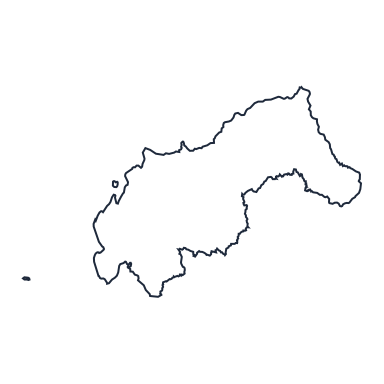 Thung Wa, Satun, Thailand (Robinson projection)
{"feature_id": "78962969B89746829348507", "entity_name": "Thung Wa", "entity_type": "district", "adm_level": 2, "iso_a3": "THA", "parent_name": "Thailand", "parent_adm1": "Satun", "projection": "robinson", "projection_center": [99.848, 7.08], "detail": "fine", "context": "isolated", "style": "outline", "palette": "slate", "viewbox_px": 384, "rotation_deg": 0, "n_neighbors": 0, "source": "geoboundaries", "source_scale": "gbopen_adm2", "svg_char_len": 6066}
<svg xmlns="http://www.w3.org/2000/svg" viewBox="0 0 384 384"><path d="M361.0,183.3L358.8,181.3L358.9,180.5L359.8,179.3L359.9,175.8L360.0,174.7L359.2,172.6L355.9,171.4L352.4,169.0L350.3,168.1L349.6,167.2L347.9,167.6L347.7,166.6L346.9,166.1L345.9,166.3L344.5,165.9L344.2,165.4L342.9,166.1L341.9,163.6L341.3,164.1L341.0,163.5L341.0,164.1L340.1,164.8L339.3,162.8L338.9,163.1L337.3,161.8L336.5,159.2L335.5,158.7L334.9,157.6L334.9,156.6L334.0,155.8L333.7,154.7L332.4,154.0L331.0,149.2L330.2,148.2L329.8,144.3L328.6,142.1L325.3,139.7L324.9,137.2L323.7,134.6L320.3,133.8L318.7,132.2L318.1,129.7L318.9,126.8L317.4,123.9L316.9,121.3L317.0,119.3L313.4,118.3L312.0,117.2L310.8,115.2L310.7,111.5L308.9,109.3L310.5,105.6L308.1,101.6L307.5,98.9L309.8,94.4L309.9,93.3L309.4,91.7L308.6,90.8L302.9,88.9L301.5,87.2L301.2,87.7L299.7,87.4L299.3,89.4L298.6,90.0L296.6,93.7L295.0,94.1L293.7,96.6L291.3,98.5L289.2,98.4L288.4,97.5L287.2,97.1L284.7,98.7L283.7,98.8L279.9,97.0L278.3,96.8L270.9,99.6L265.2,99.9L262.8,101.6L258.2,101.6L254.6,103.2L250.2,107.9L247.5,109.1L246.2,110.6L244.4,114.7L243.9,115.0L241.3,115.1L238.0,112.9L235.3,113.5L234.4,114.7L233.5,117.5L231.2,120.5L228.9,121.5L225.0,122.2L223.8,123.0L223.2,125.1L223.4,127.0L221.7,128.4L221.3,131.8L219.2,132.5L215.5,136.3L214.7,138.4L213.8,139.2L214.0,142.9L210.5,143.1L207.3,145.3L202.6,146.7L201.6,148.2L199.2,147.9L196.2,149.1L194.8,148.7L193.2,150.7L189.8,150.8L187.3,148.5L185.8,146.5L184.3,145.5L183.9,143.2L183.3,141.7L182.7,141.6L181.4,142.8L181.3,143.9L181.7,144.8L181.1,146.9L181.7,147.9L181.1,149.3L179.1,150.2L179.3,152.0L175.9,151.5L174.2,152.6L169.1,153.9L165.9,153.3L163.6,154.9L155.9,153.7L150.2,149.9L145.4,148.1L142.8,152.6L144.5,158.6L144.3,160.1L142.6,163.8L142.1,166.7L141.0,167.8L138.4,165.6L136.6,165.6L135.0,167.3L133.6,167.2L132.5,167.8L132.2,168.9L126.1,173.0L125.3,174.3L125.1,176.1L128.0,182.1L127.6,184.8L126.1,185.4L124.8,187.3L123.9,192.6L123.0,193.4L121.1,196.6L118.7,201.2L117.9,203.6L116.4,203.2L115.0,197.6L115.4,195.6L115.1,195.1L113.7,194.7L112.0,197.3L110.5,201.9L109.1,204.1L107.1,205.9L103.0,212.2L102.0,211.3L101.1,211.2L99.5,212.5L97.7,215.7L95.8,220.7L95.2,219.6L93.6,223.9L93.7,226.6L98.9,241.8L102.2,246.5L103.3,247.2L104.0,249.0L103.5,249.9L100.5,252.6L99.1,253.0L98.7,252.4L97.3,252.3L95.7,253.5L94.8,255.2L93.9,258.0L94.1,261.8L98.5,276.0L98.9,276.1L98.6,275.4L99.0,276.1L100.0,278.0L101.2,278.6L103.5,278.5L104.8,279.3L107.1,282.9L107.1,283.7L109.0,283.2L112.0,279.6L114.9,277.7L116.9,275.7L118.2,272.5L119.2,265.9L120.3,264.1L123.5,263.1L125.2,261.6L125.9,261.8L127.0,264.0L127.8,264.6L129.1,264.1L130.0,262.8L130.7,262.8L131.2,263.9L130.7,266.2L130.1,266.6L128.1,266.2L127.7,266.8L127.8,267.5L130.2,268.9L130.4,271.5L132.8,271.7L134.8,274.6L137.5,275.5L138.2,276.1L138.6,278.3L138.0,280.3L143.8,285.3L145.8,290.0L149.7,294.1L150.1,296.0L158.1,296.8L161.4,294.9L161.2,294.3L160.2,293.7L160.5,292.8L160.4,291.5L162.1,290.5L162.4,288.8L162.2,288.2L163.1,286.9L162.5,285.1L163.2,284.5L162.9,283.4L163.1,282.3L166.0,281.2L166.6,281.5L169.6,279.1L170.3,279.3L171.6,278.8L172.5,277.6L173.9,277.3L173.9,276.6L174.4,277.0L177.4,275.9L178.4,276.4L179.7,275.7L179.8,274.9L180.4,275.2L180.5,274.6L181.1,274.7L181.4,275.3L181.9,274.6L182.7,275.1L184.6,273.6L184.3,272.0L184.8,270.0L184.6,268.1L183.9,267.2L182.8,266.8L181.2,263.6L181.0,262.3L181.8,256.9L180.5,254.2L179.4,253.8L180.1,252.0L178.4,249.5L179.3,249.7L179.8,248.8L182.2,249.7L183.0,249.2L183.9,247.8L185.5,248.1L186.4,249.3L188.3,249.7L190.5,251.0L193.2,251.8L193.3,254.2L194.1,254.7L193.5,255.9L195.1,256.6L197.1,253.7L197.1,252.7L199.1,251.1L200.0,251.8L202.3,251.9L204.3,252.8L205.9,253.9L206.5,254.9L207.2,254.7L209.8,255.6L211.1,254.2L211.1,252.3L211.9,252.0L211.8,251.3L216.1,252.4L215.5,250.3L216.6,249.7L217.1,248.6L218.8,250.4L220.1,250.9L221.0,252.4L221.9,252.2L223.4,254.0L224.7,254.4L225.0,255.1L225.4,254.6L225.3,254.2L225.9,253.9L225.6,252.7L226.3,248.7L228.5,247.5L228.7,246.3L230.9,245.4L231.1,243.9L234.7,243.9L235.7,243.0L237.1,243.1L237.3,242.1L237.0,240.6L237.3,240.4L237.2,239.6L238.2,238.5L237.7,237.0L238.6,235.9L238.7,233.8L239.8,233.8L240.7,232.5L242.1,231.6L243.3,231.4L243.4,230.5L245.1,230.7L246.1,230.3L245.7,229.0L246.4,227.7L247.4,227.2L248.3,227.3L247.4,226.3L247.7,223.5L247.0,222.6L246.6,220.5L247.4,219.3L247.2,218.5L245.9,216.9L245.9,215.3L244.9,213.8L245.4,212.2L245.5,210.0L246.8,208.8L246.6,208.0L247.1,205.9L246.6,205.1L244.3,205.4L243.7,204.3L243.4,202.9L244.2,202.6L244.3,201.6L243.1,198.9L243.5,197.1L241.9,196.2L242.2,193.9L242.9,194.7L244.3,194.5L245.4,192.9L247.9,190.9L251.8,189.1L252.3,190.2L253.5,191.4L256.4,192.0L258.6,188.4L260.1,188.0L261.3,185.2L263.2,184.0L264.3,181.6L265.7,181.0L268.0,177.3L270.9,176.9L271.8,177.5L272.7,179.1L275.0,179.1L275.5,178.5L276.4,178.7L276.0,178.1L276.0,176.6L276.8,176.1L277.9,176.6L279.3,175.7L279.8,174.4L281.9,176.7L282.6,176.0L283.2,176.2L284.1,174.6L286.3,174.1L287.3,174.6L287.5,174.1L288.1,174.1L288.3,173.4L289.2,173.7L290.0,174.8L291.7,174.9L291.8,174.0L293.4,173.6L293.2,171.8L294.1,169.2L295.9,169.5L296.5,171.9L297.8,172.4L299.9,176.1L301.1,175.2L301.1,174.1L301.9,174.4L302.5,177.6L303.9,179.3L304.1,180.5L304.5,181.2L305.8,181.3L305.6,183.2L306.1,183.4L305.7,184.3L306.3,184.4L306.6,185.6L306.2,186.2L306.6,186.7L306.2,186.7L306.3,187.5L305.5,187.9L305.1,190.4L307.1,191.2L307.8,191.0L307.7,190.4L308.4,190.0L309.1,190.2L309.3,189.6L310.2,189.5L310.9,190.9L311.4,191.0L311.3,191.5L312.1,191.4L313.1,192.3L317.2,192.9L319.8,194.8L321.9,194.8L324.5,197.0L325.6,197.2L327.2,196.5L329.2,199.0L329.0,202.1L329.4,203.1L332.6,203.8L334.8,202.7L337.1,202.6L338.7,203.6L339.9,206.0L341.3,206.4L342.2,206.0L343.1,204.3L345.0,203.3L346.9,202.9L348.3,203.1L349.3,202.7L352.3,198.8L355.0,197.2L355.5,196.1L359.0,192.9L360.3,189.2L361.0,183.3ZM114.6,181.2L113.5,181.2L113.0,181.7L112.9,185.7L114.3,187.0L116.4,187.1L117.2,186.2L117.7,184.2L117.7,182.3L117.1,181.8L115.7,182.3L114.6,181.2ZM28.1,277.7L24.4,277.3L23.0,278.4L24.4,279.5L27.0,279.5L28.4,280.0L29.5,279.6L29.2,278.4L28.1,277.7Z" fill="none" stroke="#1e293b" stroke-width="2"/></svg>